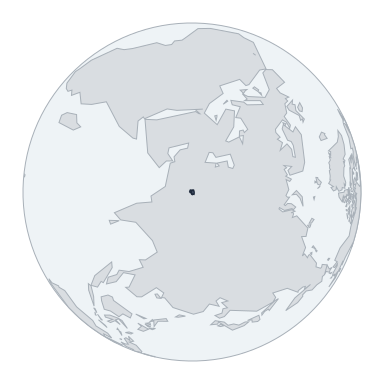 the Earth from above Bamyan, rotated 97°
{"feature_id": "AFG-1743", "entity_name": "Bamyan", "entity_type": "Province", "adm_level": 1, "iso_a3": "AFG", "parent_name": "Afghanistan", "parent_adm1": "", "projection": "orthographic", "projection_center": [67.218, 34.704], "detail": "fine", "context": "on_globe", "style": "filled", "palette": "slate", "viewbox_px": 384, "rotation_deg": 97, "n_neighbors": 0, "source": "natural_earth", "source_scale": "10m", "svg_char_len": 11713}
<svg xmlns="http://www.w3.org/2000/svg" viewBox="0 0 384 384"><g transform="rotate(97 192 192)"><circle cx="192" cy="192" r="169" fill="#eef3f6" stroke="#a8b0b8"/><path d="M221.4,25.6L224.4,26.7L238.4,32.0L246.4,34.4L241.8,33.7L259.6,39.2L269.5,44.6L256.0,38.2L252.9,37.5L258.5,40.7L256.5,40.6L258.0,42.3L255.2,42.1L247.5,38.9L245.5,38.9L249.6,41.2L249.2,42.9L243.5,39.4L242.4,42.0L229.4,38.2L216.5,30.7L206.9,30.1L187.6,26.9L187.1,27.7L179.4,27.7L175.9,28.8L173.3,28.3L172.8,29.7L175.8,30.0L176.6,30.8L174.9,31.6L171.2,30.9L171.6,30.4L169.6,30.7L168.5,30.1L168.1,30.9L163.9,30.3L165.4,32.2L159.8,32.8L157.8,32.1L161.5,30.5L165.9,26.3L164.9,25.8L159.9,26.4L143.0,30.7L140.5,31.2L134.6,33.1L134.3,33.3L138.8,32.0L136.9,33.3L142.7,32.0L142.8,32.5L147.3,32.2L142.9,34.2L136.0,36.5L132.0,37.0L128.9,38.2L129.7,39.6L119.2,42.8L107.2,49.4L104.9,50.3L106.0,48.0L113.7,42.8L115.0,41.6L126.0,36.4L137.4,32.1L149.1,28.6L160.9,25.9L173.0,24.1L185.1,23.2L197.2,23.1L209.4,23.9L221.4,25.6ZM114.8,41.7L110.4,44.5L104.7,47.4L102.2,49.0L100.3,50.4L100.9,50.3L98.2,51.9L101.3,49.5L104.2,47.7L103.2,48.3L106.5,46.3L114.8,41.7ZM226.7,26.6L226.8,26.7L224.2,26.1L224.3,26.2L226.7,26.6ZM252.7,36.4L249.4,34.9L253.3,36.4L252.7,36.4ZM258.8,42.6L260.3,43.1L260.5,43.8L258.8,42.6ZM149.5,31.2L148.4,31.7L148.1,31.5L149.5,31.2ZM152.5,30.7L152.9,30.2L154.4,29.9L154.1,30.2L152.5,30.7ZM256.2,44.3L255.9,45.5L254.9,43.7L256.2,44.3ZM151.6,31.6L156.9,29.4L159.5,29.0L160.6,30.1L151.6,31.6ZM254.9,45.8L254.5,49.1L257.9,50.4L247.9,49.0L251.6,46.4L249.8,43.9L252.7,45.5L254.9,45.8ZM177.6,29.7L174.2,29.4L178.6,29.0L177.6,29.7ZM180.2,29.3L192.6,27.5L196.6,28.6L191.6,28.9L198.2,30.0L194.0,31.4L189.5,31.0L187.7,30.0L187.5,31.4L180.2,29.3ZM242.5,47.9L241.2,48.4L241.1,47.3L242.5,47.9ZM177.3,31.1L179.4,30.5L183.1,31.3L179.5,32.7L179.4,32.0L177.3,31.1ZM201.9,29.8L204.0,30.8L201.2,32.2L201.6,32.8L194.3,31.5L201.9,29.8ZM177.7,32.2L177.5,33.4L174.2,33.8L175.4,31.7L177.7,32.2ZM185.5,31.1L187.1,31.6L185.1,31.7L185.5,31.1ZM162.3,36.5L164.8,35.5L166.9,35.8L162.3,36.5ZM177.7,33.9L178.8,33.7L179.9,33.8L179.1,34.7L177.7,33.9ZM192.8,32.7L191.3,33.1L195.7,33.2L193.8,34.5L189.3,33.5L190.4,34.4L189.8,34.8L186.8,33.6L192.8,32.7ZM181.6,36.0L175.2,35.5L170.1,37.2L168.1,36.9L176.6,34.3L181.6,36.0ZM184.9,34.7L182.4,35.4L181.2,34.5L182.1,33.5L184.9,34.7ZM194.2,35.8L198.2,34.1L199.1,34.4L194.2,35.8ZM180.4,36.6L182.0,36.8L180.2,36.8L180.4,36.6ZM190.2,36.2L191.5,35.5L192.5,35.8L190.2,36.2ZM184.0,37.7L182.0,37.5L182.5,36.7L184.0,37.7ZM187.1,37.1L188.0,37.8L184.0,36.6L187.5,36.7L187.1,37.1ZM190.9,36.6L191.9,36.6L190.2,36.9L190.9,36.6ZM183.1,41.0L177.8,39.6L179.1,37.8L184.0,39.3L183.1,41.0ZM27.4,193.8L29.3,165.0L32.5,159.4L36.0,149.3L60.8,133.5L62.7,139.7L78.5,148.6L79.8,151.5L74.4,158.4L83.3,177.4L90.4,173.1L102.1,185.5L112.2,189.4L122.1,175.2L105.6,168.5L106.3,159.7L122.3,158.5L137.2,164.8L138.0,161.6L131.5,151.7L138.0,147.6L129.7,147.9L130.8,151.8L125.6,152.3L124.3,148.8L126.6,147.3L123.0,144.3L112.8,152.6L112.8,157.6L101.5,154.5L100.5,162.7L96.3,164.6L96.5,151.6L98.8,147.9L96.5,131.9L93.0,135.3L94.9,150.9L93.0,148.6L88.3,154.1L90.4,148.2L89.2,131.0L81.0,127.8L65.2,136.2L61.5,133.8L60.8,127.1L71.8,113.5L78.9,120.7L82.9,116.6L86.0,107.5L87.9,110.7L90.0,108.1L93.1,110.6L102.0,107.6L105.8,109.7L113.6,102.5L116.7,102.8L111.2,106.8L109.4,111.0L119.5,116.8L122.7,116.1L126.9,111.2L129.2,113.7L132.0,108.2L139.9,109.5L132.7,103.6L137.5,98.3L144.6,96.2L144.9,93.6L133.3,97.2L129.8,99.7L129.0,103.4L118.4,110.2L114.0,109.6L120.1,99.1L114.6,97.3L121.8,90.5L148.7,83.8L157.7,84.6L163.4,96.8L158.9,99.4L154.5,96.1L154.5,104.0L156.4,101.0L158.3,103.3L163.4,99.4L164.9,100.9L167.1,94.9L169.6,96.3L168.2,100.1L177.8,96.2L184.1,98.3L185.5,96.7L185.2,94.5L193.4,99.0L194.1,97.7L191.7,95.7L191.5,91.9L194.3,87.2L197.0,89.0L196.3,90.9L199.0,98.0L196.8,103.3L198.2,103.6L200.7,99.5L197.5,90.8L198.5,87.4L200.7,91.2L199.9,89.6L201.3,88.5L205.1,89.3L202.9,85.1L213.7,72.6L222.2,73.4L222.9,77.8L233.3,72.5L242.0,74.7L239.7,72.7L243.2,69.4L240.5,68.6L239.7,67.4L247.4,59.8L251.2,59.8L252.0,55.1L250.8,54.2L248.0,53.9L247.9,49.0L257.9,50.4L260.0,52.3L264.8,52.3L268.9,56.8L274.6,60.9L276.3,66.5L280.6,69.7L282.0,69.3L288.9,73.7L298.3,84.5L284.6,77.0L269.3,63.1L275.0,68.7L271.9,68.0L272.8,70.4L277.0,74.5L278.6,74.6L276.0,85.7L282.4,99.5L286.4,96.1L291.5,98.3L302.4,113.2L304.8,139.8L311.7,144.7L313.9,149.3L311.8,154.1L308.6,147.5L304.1,147.0L302.6,142.7L298.2,149.0L295.8,143.2L293.5,151.3L297.3,154.9L302.1,151.2L301.1,161.1L309.3,166.3L313.1,175.6L309.0,196.8L300.4,206.2L300.5,209.4L295.6,207.7L291.3,215.7L302.2,229.2L302.7,233.9L294.7,246.2L294.1,242.9L281.2,238.4L280.4,250.2L290.2,256.3L293.7,265.7L286.8,264.8L283.1,256.6L278.5,254.8L278.6,244.8L272.7,231.3L265.6,236.0L265.1,229.9L255.9,219.2L245.1,225.3L228.9,244.1L228.4,259.4L222.0,266.5L209.9,245.6L206.8,230.6L201.0,232.2L189.8,219.2L166.0,217.1L164.0,212.7L159.3,214.1L151.6,208.9L149.0,201.7L143.8,201.3L151.0,220.2L156.8,220.7L163.5,214.9L164.3,221.2L171.8,227.5L158.6,240.7L125.6,247.5L124.7,235.7L111.7,198.2L113.4,194.8L113.4,194.4L113.4,193.6L109.8,198.8L108.4,191.4L112.8,216.9L112.6,226.8L125.1,248.1L123.4,249.5L128.1,254.2L146.2,253.5L145.7,257.2L135.8,272.2L112.9,288.0L117.3,302.3L118.0,312.8L106.7,315.4L110.8,323.4L105.5,323.6L107.2,327.4L104.6,329.4L99.2,329.4L86.7,322.4L83.5,318.6L73.5,308.0L58.5,283.9L59.0,276.8L56.9,268.6L48.1,245.1L49.8,236.3L48.1,230.2L44.2,227.7L42.5,220.4L40.4,218.0L29.1,206.0L27.4,193.8ZM48.5,145.5L46.9,148.3L48.5,145.5ZM150.6,179.8L161.0,182.6L160.4,171.6L164.4,171.9L162.8,168.2L160.3,170.8L156.9,160.9L162.9,159.0L163.7,154.4L160.2,153.3L149.8,158.6L154.7,172.5L150.5,176.1L150.6,179.8ZM104.5,47.6L104.1,47.9L101.8,49.4L102.2,49.1L104.5,47.6ZM96.1,55.1L91.9,57.7L95.1,55.4L94.7,55.2L101.1,50.5L104.1,50.5L101.6,51.2L96.1,55.1ZM110.4,44.7L106.1,47.3L110.7,44.5L110.4,44.7ZM98.8,92.5L98.4,95.3L95.0,97.5L90.2,96.0L95.0,92.6L98.8,92.5ZM98.5,98.8L105.9,89.4L109.2,90.3L106.1,91.3L107.6,92.9L103.0,95.0L98.9,105.6L95.6,108.3L88.5,103.4L92.6,103.3L92.8,100.4L98.5,98.8ZM119.0,67.5L122.3,64.4L125.2,70.2L121.8,72.4L116.8,70.8L117.8,67.2L119.0,67.5ZM152.5,34.5L153.5,33.7L154.6,33.7L154.5,34.5L152.5,34.5ZM163.3,36.0L148.9,38.3L149.4,37.4L140.5,40.4L138.2,39.4L144.1,37.4L135.7,39.0L140.1,36.8L134.2,38.3L147.6,34.0L151.2,32.4L148.0,34.5L149.9,35.5L151.9,35.4L160.1,34.2L168.9,31.7L172.2,32.6L172.2,34.0L170.6,34.7L169.0,33.8L168.0,35.4L164.4,34.7L163.3,36.0ZM170.6,54.6L169.4,52.3L166.9,57.4L163.2,55.9L163.1,56.6L159.1,56.8L154.1,58.3L152.9,57.3L151.5,58.4L148.7,58.6L146.3,59.8L143.5,58.6L140.3,60.0L140.7,58.6L136.1,61.5L138.3,58.9L135.0,59.3L134.6,61.6L124.9,53.9L119.2,53.5L113.2,54.7L117.7,50.5L126.3,46.9L136.0,44.6L140.8,46.0L142.0,44.1L144.7,44.3L142.7,45.7L147.4,43.6L149.1,44.2L157.7,43.4L163.6,40.6L166.9,40.4L165.4,41.9L169.7,40.7L169.2,43.4L171.6,43.4L173.4,46.3L169.2,49.4L172.2,49.2L173.7,51.7L170.6,54.6ZM183.4,41.8L179.2,45.4L175.2,46.5L173.7,41.1L171.6,40.7L170.5,37.7L176.4,36.3L176.1,37.2L177.3,37.8L175.0,38.0L177.7,38.3L177.5,39.7L179.5,40.4L177.6,41.3L183.4,41.8ZM83.6,150.0L85.1,151.5L87.8,152.9L85.0,156.6L83.6,150.0ZM82.5,138.3L84.2,138.8L81.5,144.3L80.0,142.9L82.5,138.3ZM87.4,134.7L84.5,138.4L85.2,135.6L87.4,134.7ZM112.9,107.1L115.0,107.6L114.3,108.9L112.1,110.2L112.9,107.1ZM162.4,70.8L162.3,69.0L163.5,68.7L166.6,64.8L169.6,65.8L168.8,68.5L162.4,70.8ZM118.0,176.8L113.7,178.7L112.8,176.6L114.4,176.4L118.0,176.8ZM97.5,167.6L101.1,171.7L96.7,168.5L97.5,167.6ZM166.2,71.3L167.1,69.5L168.0,71.1L166.2,71.3ZM171.9,66.4L173.3,67.9L170.3,65.5L171.9,66.4ZM195.3,359.8L197.8,360.1L194.9,360.2L195.3,359.8ZM145.0,317.4L139.3,332.5L131.7,330.8L128.4,325.6L129.2,316.0L137.4,314.7L140.9,310.4L145.0,317.4ZM322.8,273.8L325.9,272.3L325.7,273.0L322.8,273.8ZM319.8,273.8L323.4,271.7L318.9,275.5L319.8,273.8ZM324.8,270.9L328.5,267.3L330.2,265.2L329.7,266.7L324.8,270.9ZM317.2,275.3L302.0,282.6L295.6,283.7L297.4,280.8L307.7,276.9L317.2,275.3ZM296.9,280.9L286.8,278.3L271.2,263.2L276.8,262.0L292.8,269.0L291.8,271.3L297.9,274.2L296.9,280.9ZM320.1,258.3L319.1,264.8L310.9,268.5L307.1,269.4L304.5,262.8L306.0,258.1L309.2,256.7L320.3,236.7L324.5,237.9L321.4,245.8L324.7,249.3L320.1,258.3ZM229.3,260.7L233.8,268.9L230.2,270.7L229.3,260.7ZM323.7,224.2L320.0,233.0L323.1,222.3L323.7,224.2ZM324.9,214.8L325.7,217.8L323.4,215.8L324.9,214.8ZM301.4,214.0L298.0,216.3L297.4,214.0L301.4,209.8L301.4,214.0ZM316.0,183.4L318.0,190.4L318.0,193.1L315.5,189.7L316.0,183.4ZM192.7,80.0L185.1,84.0L181.5,88.1L182.6,92.2L177.8,88.5L183.3,82.0L192.7,80.0ZM210.9,73.2L209.9,70.1L212.4,70.6L213.0,71.4L210.9,73.2ZM208.7,71.9L203.5,69.8L204.4,67.5L208.3,69.6L208.7,71.9ZM184.6,69.9L182.2,70.9L181.5,69.5L184.6,69.9ZM321.9,300.0L321.6,300.4L299.2,321.6L295.5,323.5L299.2,319.9L301.4,313.0L302.8,312.3L305.3,306.3L320.1,292.5L331.6,274.9L336.7,270.9L342.4,258.5L346.7,253.9L343.6,262.3L345.9,261.1L352.6,241.7L350.4,250.9L344.8,264.0L338.2,276.7L330.6,288.7L321.9,300.0ZM330.2,269.3L334.9,261.8L336.9,259.7L330.2,269.3ZM356.8,229.3L356.1,231.7L355.5,231.0L353.4,238.4L349.5,244.2L350.9,240.0L350.8,236.7L345.7,241.3L344.7,239.8L346.8,235.7L342.9,237.5L347.2,231.8L348.6,235.8L350.9,228.7L354.1,225.1L356.5,222.3L357.7,222.6L357.1,225.3L357.1,227.9L356.8,229.3ZM346.5,244.4L347.2,243.6L346.4,246.0L346.5,244.4ZM358.1,220.7L359.7,211.6L359.9,210.6L358.7,218.9L358.1,220.7ZM359.7,209.6L360.1,208.2L360.0,209.7L359.9,210.9L359.7,209.6ZM337.8,247.9L337.5,249.7L336.3,249.5L337.8,247.9ZM339.5,245.6L343.0,244.0L339.1,247.2L339.5,245.6ZM326.9,249.4L328.2,252.3L332.3,247.1L329.1,252.7L331.5,257.0L330.4,260.0L328.1,255.2L326.7,262.7L324.8,263.8L324.2,258.5L326.2,250.0L328.1,245.8L335.3,239.5L326.9,249.4ZM339.6,241.0L338.6,237.4L339.3,233.7L340.4,235.2L339.6,241.0ZM334.9,229.0L331.4,225.8L328.8,229.8L333.5,218.4L336.2,223.3L334.9,229.0ZM331.1,219.1L328.7,222.7L330.8,216.5L331.1,219.1ZM327.8,221.4L326.9,217.8L329.1,216.9L327.8,221.4ZM332.4,218.3L331.9,211.6L333.5,214.6L332.4,218.3ZM324.4,210.0L330.1,213.2L323.7,214.4L320.8,202.2L323.3,200.3L324.4,210.0ZM321.7,150.1L319.6,147.0L321.1,144.6L322.1,147.4L321.7,150.1ZM324.2,135.0L320.8,143.0L317.8,149.9L320.0,150.4L321.5,157.2L316.9,153.3L317.2,144.1L319.9,140.0L317.9,134.6L318.4,129.2L314.5,123.4L314.0,119.9L318.3,124.0L324.2,135.0ZM312.7,121.2L306.2,110.6L310.2,109.0L312.5,111.0L313.8,116.4L311.6,116.9L312.7,121.2ZM305.7,107.6L303.5,108.1L289.3,96.0L287.3,93.2L300.2,100.9L298.9,101.9L301.7,105.3L305.7,107.6ZM242.9,49.2L241.4,48.5L243.1,48.6L242.9,49.2ZM238.2,67.1L237.3,65.6L239.4,65.6L238.2,67.1ZM236.2,61.4L234.4,62.5L235.2,60.6L236.2,61.4ZM230.6,65.1L233.2,62.5L232.3,66.1L230.6,65.1Z" fill="#d9dde1" stroke="#a8b0b8" stroke-width="1"/><path d="M192.5,193.7L192.4,193.7L192.4,193.8L192.3,194.0L192.2,194.0L191.9,194.1L191.7,194.2L191.6,194.3L191.4,194.2L190.9,194.1L190.7,194.1L190.3,193.9L190.3,193.7L190.3,193.4L190.4,193.2L190.2,193.1L190.2,192.9L190.4,192.8L190.5,192.8L190.8,192.6L190.8,192.4L190.9,192.2L190.7,192.1L190.6,191.9L190.4,191.7L190.1,191.4L189.9,191.4L189.9,191.2L189.9,190.9L189.9,190.7L190.0,190.6L190.4,190.6L190.5,190.6L190.9,190.2L191.0,190.1L191.3,190.1L191.5,190.1L191.8,190.0L192.0,189.9L192.3,189.8L192.7,189.8L192.9,189.7L193.2,189.8L193.3,189.8L193.5,189.8L193.8,189.8L194.1,189.8L194.1,190.0L194.1,190.3L194.0,190.5L193.9,190.6L193.9,190.8L193.9,191.0L194.0,191.0L194.3,191.1L194.5,191.2L194.5,191.3L194.5,191.5L194.3,191.9L194.2,191.9L194.2,192.0L193.9,192.1L193.8,192.3L193.7,192.3L193.2,192.2L192.9,192.2L192.7,192.1L192.4,192.2L192.2,192.2L192.2,192.3L192.3,192.4L192.3,192.5L192.2,192.6L192.1,192.8L192.3,192.9L192.5,192.9L192.5,193.0L192.4,193.0L192.5,193.1L192.8,193.2L192.8,193.3L192.7,193.3L192.5,193.5L192.5,193.7Z" fill="#64748b" stroke="#1e293b" stroke-width="1.5"/></g></svg>